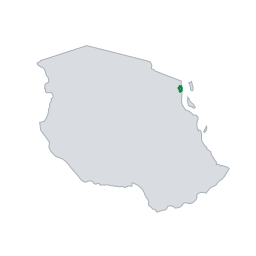 location of Tanga Urban, Tanga, United Republic of Tanzania, rotated 342°
{"feature_id": "72390352B10610893489740", "entity_name": "Tanga Urban", "entity_type": "district", "adm_level": 2, "iso_a3": "TZA", "parent_name": "United Republic of Tanzania", "parent_adm1": "Tanga", "projection": "robinson", "projection_center": [39.063, -5.126], "detail": "fine", "context": "in_parent", "style": "filled", "palette": "green", "viewbox_px": 256, "rotation_deg": 342, "n_neighbors": 0, "source": "geoboundaries", "source_scale": "gbopen_adm2", "svg_char_len": 4990}
<svg xmlns="http://www.w3.org/2000/svg" viewBox="0 0 256 256"><g transform="rotate(342 128 128)"><path d="M98.7,180.0L96.2,178.5L94.0,177.6L92.2,176.6L91.4,175.7L89.6,175.3L88.2,175.2L86.8,174.3L84.0,173.9L83.7,173.4L83.6,172.0L83.1,171.7L82.1,171.4L81.0,171.4L80.4,171.6L80.0,171.5L79.0,170.7L78.2,169.7L77.9,168.1L76.6,167.1L75.1,166.3L71.0,166.4L70.3,166.2L69.4,165.4L68.2,164.1L67.3,162.6L66.5,160.5L65.6,157.8L60.9,146.8L60.4,144.7L59.4,142.4L57.9,139.6L56.3,137.5L54.1,135.6L51.7,133.7L50.3,132.4L47.8,127.3L47.2,124.9L46.8,122.4L47.0,121.4L48.6,118.1L48.7,117.2L48.5,116.0L47.7,113.4L46.7,110.3L44.7,104.6L44.4,103.2L44.4,102.1L45.6,96.4L45.6,95.5L50.3,95.7L53.7,93.1L56.7,89.3L57.3,87.8L58.5,85.3L59.7,84.1L60.2,83.3L60.9,80.9L62.5,79.3L64.0,78.0L63.7,77.1L63.9,76.8L64.7,76.1L66.4,75.5L66.7,74.3L66.7,72.9L66.4,72.1L66.4,71.1L66.2,70.6L65.1,70.5L63.5,69.8L62.2,69.5L61.3,69.1L61.0,68.7L60.8,67.9L61.6,65.7L60.8,64.8L62.5,61.1L62.8,60.7L63.4,60.6L64.3,60.2L65.2,60.0L65.9,60.2L66.4,60.0L66.9,59.6L67.3,58.4L67.6,56.3L67.4,54.6L66.7,53.3L66.6,51.3L66.9,48.6L66.6,46.4L65.9,44.6L65.1,43.6L63.9,43.1L62.0,40.4L61.5,39.1L61.6,38.2L62.2,37.9L63.4,38.0L64.5,37.7L65.6,36.9L66.6,36.7L67.1,36.9L114.2,36.9L169.3,71.6L169.6,72.1L170.0,75.1L169.9,76.1L169.1,77.8L168.8,78.7L168.8,79.3L169.0,79.6L169.7,79.7L170.3,80.1L170.6,80.4L171.0,81.7L171.6,82.4L192.6,99.4L193.0,99.7L192.7,101.1L191.6,104.6L191.5,106.0L191.0,107.7L190.6,108.9L189.4,113.7L188.4,115.6L187.0,119.9L186.8,123.1L187.5,125.4L187.8,127.6L189.4,129.7L190.7,130.4L191.6,131.4L193.1,133.6L194.0,135.8L196.8,136.9L197.9,139.4L197.5,141.1L196.2,142.5L195.0,144.8L194.0,147.8L194.0,152.4L194.7,151.7L196.1,152.8L196.3,156.2L194.8,160.1L194.3,162.0L194.3,163.6L195.4,168.3L197.0,170.7L196.9,171.4L196.5,172.1L199.3,176.3L199.1,180.0L200.1,182.9L200.6,185.4L201.3,187.3L201.5,188.6L200.6,190.1L202.6,190.4L203.9,191.6L204.4,192.8L205.9,192.7L206.7,193.5L207.9,194.1L210.5,196.1L211.2,197.0L211.6,198.0L204.5,204.0L201.9,205.6L200.1,206.3L198.1,206.7L196.3,207.7L194.5,209.2L192.3,209.9L189.5,209.9L186.7,211.0L182.1,214.1L179.5,212.4L177.4,211.8L175.0,211.9L173.6,212.1L173.1,212.5L172.6,213.5L172.2,215.3L170.7,217.0L167.9,218.6L165.4,219.2L163.1,218.8L161.5,218.1L160.7,217.2L159.5,216.7L157.9,216.8L156.4,217.5L155.0,218.7L152.6,219.3L149.5,219.1L147.7,218.5L147.5,217.4L146.1,216.2L143.6,214.8L141.7,214.8L140.5,216.1L139.4,217.0L138.4,217.3L137.5,217.4L136.2,217.0L132.7,216.9L129.3,216.9L129.0,215.0L128.3,213.8L127.7,213.1L126.5,212.9L126.2,212.3L125.8,211.1L125.3,210.1L124.5,209.2L124.0,208.4L123.9,207.7L124.0,206.9L124.7,204.9L124.9,203.5L124.8,202.1L124.4,200.7L123.6,199.0L123.7,198.5L123.5,197.3L123.4,196.5L123.6,195.5L123.4,194.2L122.7,191.3L122.7,190.6L122.0,189.2L119.8,185.9L119.7,185.5L116.2,182.2L114.8,181.5L114.3,182.1L114.1,182.6L114.2,183.7L114.2,184.2L114.0,184.5L113.2,184.4L112.7,184.3L111.3,183.4L110.3,183.2L107.8,183.4L106.9,183.6L106.2,183.4L104.8,181.9L103.2,181.5L101.8,181.5L99.5,179.7L98.7,180.0ZM197.2,124.9L198.3,128.5L198.2,129.2L197.4,129.6L196.9,129.7L196.4,129.1L196.1,127.9L195.5,128.2L194.4,126.7L193.4,126.6L192.5,124.9L192.8,123.4L192.6,120.8L193.7,119.4L194.4,117.2L195.1,118.7L195.2,121.1L196.2,123.9L197.2,124.9ZM202.7,103.3L202.8,104.2L202.6,105.0L202.6,107.6L202.5,109.3L201.7,111.6L201.0,112.5L200.3,112.2L199.8,111.8L199.4,111.2L200.2,106.9L199.8,103.7L201.4,104.0L202.7,103.3ZM200.4,155.6L199.6,155.8L199.3,155.6L198.8,154.9L199.6,154.3L200.5,153.1L202.4,151.4L203.3,150.0L203.2,151.4L202.1,154.3L201.1,154.5L200.4,155.6Z" fill="#d9dde1" stroke="#a8b0b8" stroke-width="1"/><path d="M188.2,105.5L188.2,105.8L188.2,106.0L188.2,106.3L188.3,106.3L188.5,106.4L188.5,106.5L188.5,106.8L188.6,107.0L188.7,107.3L188.8,107.5L189.0,107.7L189.0,107.8L189.0,108.0L189.0,108.3L189.0,108.5L189.1,108.8L188.9,108.8L188.8,109.0L188.7,109.0L188.8,109.1L188.7,109.2L188.6,109.3L188.4,109.4L188.4,109.5L188.5,109.6L188.6,109.8L188.8,109.9L189.0,109.7L189.3,109.5L189.6,109.4L189.8,109.4L190.0,109.4L190.3,109.4L190.6,109.4L190.8,109.3L190.8,109.2L191.0,109.0L191.0,108.9L191.0,108.7L190.9,108.7L190.6,108.7L190.7,108.4L190.8,108.4L190.9,108.2L191.0,108.2L191.1,107.9L191.2,107.7L191.2,107.4L191.2,107.2L191.3,107.2L191.4,106.9L191.6,106.9L191.6,106.7L191.7,106.4L191.6,106.2L191.6,105.9L191.4,105.9L191.4,106.0L191.4,105.9L191.3,106.0L191.2,106.0L191.0,105.9L190.9,106.0L190.7,106.0L190.8,106.0L190.8,105.9L191.0,105.8L191.0,105.7L190.9,105.6L190.7,105.7L190.6,105.8L190.5,105.7L190.8,105.5L190.8,105.4L190.9,105.2L191.0,105.3L191.3,105.2L191.4,105.3L191.5,105.3L191.7,105.2L191.8,104.9L191.7,104.9L191.6,104.7L191.4,104.7L191.2,104.6L191.1,104.4L191.1,104.5L191.0,104.4L190.9,104.4L190.7,104.3L190.4,104.3L190.3,104.2L190.3,104.3L190.2,104.2L190.2,104.3L189.9,104.4L189.9,104.5L189.7,104.6L189.4,104.7L189.3,104.9L189.2,105.0L189.1,105.3L189.0,105.2L188.9,105.2L188.7,105.2L188.6,105.3L188.4,105.4L188.4,105.5L188.2,105.5L188.2,105.5Z" fill="#22c55e" stroke="#15803d" stroke-width="1.5"/></g></svg>